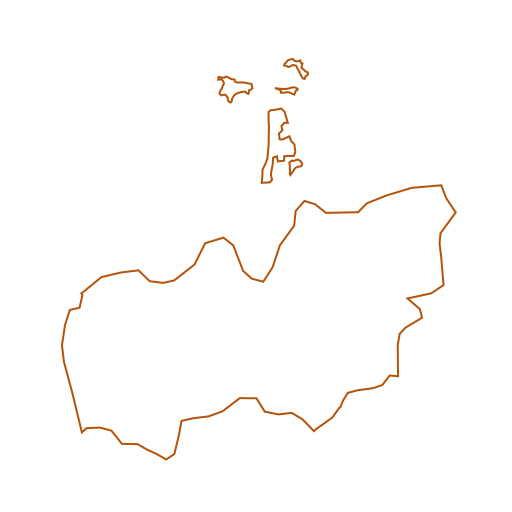 Boryeong-si, South Chungcheong, South Korea (Natural Earth projection), rotated 83°
{"feature_id": "91817680B78801700081843", "entity_name": "Boryeong-si", "entity_type": "district", "adm_level": 2, "iso_a3": "KOR", "parent_name": "South Korea", "parent_adm1": "South Chungcheong", "projection": "natural_earth1", "projection_center": [126.462, 36.341], "detail": "fine", "context": "isolated", "style": "outline", "palette": "amber", "viewbox_px": 512, "rotation_deg": 83, "n_neighbors": 0, "source": "geoboundaries", "source_scale": "gbopen_adm2", "svg_char_len": 2919}
<svg xmlns="http://www.w3.org/2000/svg" viewBox="0 0 512 512"><g transform="rotate(83 256 256)"><path d="M392.7,129.7L361.8,126.2L350.8,122.9L345.3,116.3L337.5,98.7L328.7,99.8L316.6,110.8L314.4,86.6L307.7,73.4L279.0,72.3L265.8,72.3L255.9,70.1L237.1,52.5L221.7,60.2L208.4,63.5L207.3,93.2L211.7,118.5L217.2,139.5L225.0,149.4L221.7,181.3L211.7,191.2L207.3,201.2L216.1,211.1L230.5,214.4L248.2,230.9L269.2,240.9L282.4,251.9L278.0,262.9L269.2,270.6L242.7,277.3L233.8,286.1L237.1,304.9L257.0,318.1L270.3,340.2L271.4,351.2L268.1,364.5L255.9,374.4L255.9,392.1L258.1,412.0L271.9,433.9L273.6,433.0L285.8,437.4L286.9,447.4L301.3,454.0L321.1,459.5L337.7,459.5L368.7,455.1L409.9,450.3L406.2,445.1L407.3,431.9L411.7,420.8L426.1,412.0L428.3,396.5L434.9,387.7L440.4,378.8L447.0,370.0L442.6,361.2L424.9,354.5L410.6,350.1L409.4,338.0L409.4,322.5L406.1,308.2L395.1,289.4L397.3,272.9L411.6,266.2L416.0,253.0L416.0,239.8L423.7,229.8L436.9,219.8L434.8,216.8L425.6,199.9L417.1,192.1L416.4,190.7L410.0,187.2L403.0,181.5L401.6,171.0L401.5,156.2L399.4,146.3L390.9,137.8L392.7,129.7ZM164.8,216.4L160.5,215.9L160.5,212.1L161.4,206.3L157.6,204.3L149.9,204.3L146.0,207.2L141.2,208.2L143.6,215.4L143.1,218.3L137.3,218.3L134.4,214.5L130.1,214.9L127.2,211.6L127.7,208.2L116.1,210.1L112.7,213.0L113.2,218.3L113.2,224.1L114.7,226.0L122.9,227.0L130.1,227.5L139.7,228.9L147.0,229.9L153.7,231.3L160.5,232.8L165.3,235.2L171.1,239.0L177.8,240.0L184.1,241.4L184.6,233.2L182.2,230.8L177.4,231.3L173.5,230.4L167.7,228.4L160.5,227.0L159.5,223.1L164.8,222.7L164.8,216.4ZM92.2,266.7L95.2,264.9L98.7,264.7L100.5,262.6L99.5,261.2L97.0,260.6L94.4,258.6L92.8,256.4L92.0,253.9L91.4,249.7L91.6,246.6L93.0,245.6L94.2,244.0L92.6,243.0L90.6,242.6L90.2,240.6L89.1,239.1L87.7,239.3L84.7,239.5L82.3,247.0L81.9,250.1L81.5,253.7L80.2,255.8L78.2,255.8L77.4,259.0L76.0,260.8L74.2,263.9L75.2,265.9L74.8,267.7L73.8,271.4L76.4,272.0L76.4,268.9L78.0,267.5L80.6,266.7L82.5,267.9L84.5,268.9L86.9,270.5L88.3,271.8L90.4,272.4L92.4,270.8L92.0,268.9L92.2,266.7ZM85.5,187.8L86.1,186.2L83.5,184.8L83.0,183.4L82.2,182.4L80.2,182.2L78.4,184.8L76.6,186.0L75.3,187.6L73.3,187.8L70.7,186.4L69.7,188.0L67.3,188.2L67.9,191.1L67.1,193.9L65.0,195.3L65.0,197.6L65.6,200.4L67.5,202.6L68.9,204.3L70.3,204.9L71.3,202.4L72.5,200.6L70.9,196.1L72.1,192.9L74.5,192.1L78.6,190.5L80.6,189.9L83.0,189.0L85.5,187.8ZM176.2,208.7L174.1,207.0L173.0,205.4L172.5,203.5L172.5,201.7L172.5,200.7L171.8,199.6L170.5,198.9L169.1,199.3L167.1,200.4L165.3,202.6L165.7,205.1L166.3,206.5L165.7,209.1L167.5,211.6L171.1,211.4L172.6,211.8L175.4,211.8L178.6,212.4L179.8,212.0L176.2,208.7ZM93.2,213.6L94.2,211.8L96.0,211.2L97.0,211.2L97.4,207.3L97.2,204.7L97.6,203.0L98.8,201.2L99.9,199.6L100.5,198.4L99.3,197.6L97.4,196.8L96.4,195.7L96.4,194.7L95.2,194.3L94.0,195.7L93.8,196.1L93.2,197.8L93.2,201.0L93.8,203.2L93.8,205.7L93.6,208.1L93.2,210.7L92.2,214.8L91.6,216.8L93.2,213.6Z" fill="none" stroke="#b45309" stroke-width="2"/></g></svg>